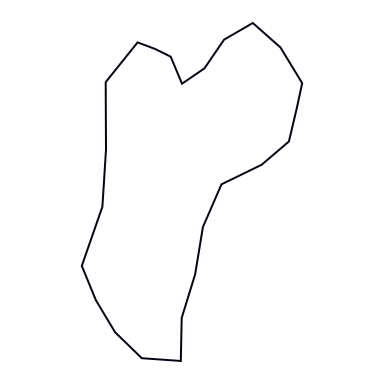 the Province of Hermanas
{"feature_id": "DOM-1968", "entity_name": "Hermanas", "entity_type": "Province", "adm_level": 1, "iso_a3": "DOM", "parent_name": "Dominican Republic", "parent_adm1": "", "projection": "mercator", "projection_center": [-70.354, 19.392], "detail": "fine", "context": "isolated", "style": "outline", "palette": "ink", "viewbox_px": 384, "rotation_deg": 0, "n_neighbors": 0, "source": "natural_earth", "source_scale": "10m", "svg_char_len": 414}
<svg xmlns="http://www.w3.org/2000/svg" viewBox="0 0 384 384"><path d="M252.8,23.0L280.5,47.5L302.2,83.2L296.6,109.0L288.9,141.5L261.7,164.7L221.5,184.3L202.9,227.1L195.1,274.5L181.7,317.9L180.8,361.0L141.8,358.2L115.1,332.3L95.9,300.2L81.8,265.9L102.4,206.7L106.0,149.7L105.7,82.1L137.6,42.4L154.9,48.9L170.7,56.7L182.0,83.7L204.5,68.3L224.1,39.6L252.8,23.0Z" fill="none" stroke="#020617" stroke-width="2"/></svg>